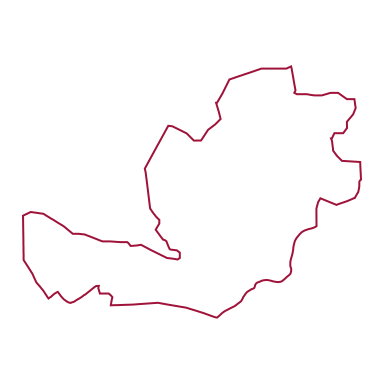 As Saddah, Ibb, Yemen
{"feature_id": "15242507B85155495853150", "entity_name": "As Saddah", "entity_type": "district", "adm_level": 2, "iso_a3": "YEM", "parent_name": "Yemen", "parent_adm1": "Ibb", "projection": "orthographic", "projection_center": [44.391, 14.166], "detail": "fine", "context": "isolated", "style": "outline", "palette": "rose", "viewbox_px": 384, "rotation_deg": 0, "n_neighbors": 0, "source": "geoboundaries", "source_scale": "gbopen_adm2", "svg_char_len": 4608}
<svg xmlns="http://www.w3.org/2000/svg" viewBox="0 0 384 384"><path d="M23.0,215.7L23.1,219.8L23.2,228.4L23.3,233.1L23.3,234.7L23.4,240.2L23.4,240.6L23.4,243.2L23.4,244.2L23.5,247.0L23.5,250.7L23.5,252.8L23.6,253.6L23.6,254.1L23.6,255.1L23.6,256.7L23.6,260.0L29.6,269.3L31.2,271.9L32.4,273.7L33.5,276.2L34.9,279.3L36.4,282.5L37.7,284.0L39.3,285.8L41.6,288.6L43.4,290.8L47.7,297.4L48.5,298.5L50.0,297.4L50.8,296.9L54.1,294.0L55.5,293.1L56.6,292.4L57.0,292.2L57.8,291.9L61.2,296.5L63.8,299.3L64.8,300.0L67.0,301.6L69.0,302.6L70.7,302.9L72.1,302.3L73.7,301.9L77.7,299.3L77.9,299.3L81.2,297.3L84.5,294.8L85.0,294.7L94.5,287.1L96.2,286.0L98.8,285.9L98.3,288.1L99.9,293.5L101.4,293.5L104.6,293.5L108.7,293.5L111.1,295.6L112.4,297.2L111.6,300.5L110.8,305.3L116.9,305.1L118.2,305.1L123.3,304.9L132.5,304.6L135.5,304.4L139.3,304.1L157.9,302.8L158.0,302.8L166.2,304.3L186.3,307.7L189.7,308.8L193.4,309.9L203.6,313.1L214.6,317.1L217.1,317.6L219.4,315.6L222.2,313.0L224.7,311.2L227.2,309.9L229.3,308.8L234.7,306.1L240.9,301.4L241.5,300.6L242.2,299.3L242.8,298.3L242.8,298.2L243.0,297.5L243.8,296.3L244.0,296.1L245.0,294.6L246.0,293.2L247.0,292.1L248.3,291.2L249.3,290.6L249.9,290.2L251.3,289.3L251.5,289.2L252.8,288.8L254.2,288.0L254.8,286.6L255.2,284.9L256.1,283.5L257.4,282.5L258.9,282.0L259.0,282.0L260.3,281.4L261.0,281.1L261.8,280.8L261.9,280.7L263.4,280.3L264.9,280.1L266.1,280.0L266.6,280.0L268.2,280.1L269.8,280.5L271.3,280.8L272.8,281.3L274.0,281.5L274.4,281.6L276.0,281.9L277.5,282.1L279.0,282.0L280.5,281.8L281.0,281.6L281.9,281.2L282.4,280.9L283.2,280.2L284.7,279.0L285.8,277.9L287.0,276.8L287.1,276.7L288.5,275.6L289.5,274.8L290.4,273.7L290.6,273.1L290.8,272.5L290.9,272.2L291.2,270.5L291.2,268.8L291.0,268.1L290.7,267.3L290.3,265.8L290.3,265.3L290.3,264.2L290.3,262.6L290.5,261.0L290.5,260.8L290.9,259.3L291.3,257.7L291.8,256.2L292.2,254.7L292.6,253.0L292.9,251.3L293.2,249.5L293.3,247.9L293.6,246.0L294.0,244.4L294.4,242.6L294.9,241.0L295.8,239.3L295.8,239.2L296.6,238.0L297.6,236.7L298.6,235.5L299.6,234.3L299.7,234.2L300.7,233.2L301.8,232.1L303.2,231.3L304.6,230.5L306.0,230.0L307.5,229.5L308.9,229.0L310.4,228.7L311.8,228.3L313.5,227.8L314.9,227.1L316.5,226.2L316.4,208.6L318.1,202.2L320.4,198.3L321.4,198.7L336.5,204.9L337.2,204.6L338.9,203.9L340.6,203.4L342.2,202.8L343.8,202.3L345.8,201.6L346.4,201.4L347.4,201.0L349.4,200.2L351.0,199.5L352.4,198.9L353.9,198.2L354.2,198.0L354.7,198.1L357.2,193.7L358.2,192.1L358.8,189.4L359.3,186.4L359.3,183.7L359.3,182.4L359.5,181.3L360.1,180.4L361.0,179.6L360.8,175.6L360.7,173.0L360.4,167.6L360.2,162.0L345.9,161.1L342.0,160.9L337.6,156.5L337.0,155.9L333.2,150.8L333.1,149.6L333.0,149.3L333.0,148.7L332.6,145.9L332.0,140.8L331.0,138.4L332.0,138.2L334.3,133.4L334.4,133.2L334.9,133.2L335.8,133.2L343.2,133.2L345.1,130.6L345.7,129.8L347.0,128.1L347.0,127.7L346.9,121.8L347.0,121.7L352.5,115.1L353.2,114.2L353.4,113.7L354.7,110.5L355.7,107.9L355.3,105.6L355.0,103.6L354.9,102.7L354.4,99.1L352.8,99.1L347.6,99.1L346.9,99.1L343.3,96.6L341.4,95.2L340.8,94.8L338.4,93.1L338.1,92.9L335.3,92.9L330.6,92.9L329.6,93.1L329.4,93.2L324.6,94.6L321.8,95.4L320.8,95.4L319.8,95.4L314.3,95.4L311.4,95.0L306.8,94.2L296.8,94.2L294.3,92.8L295.5,90.4L294.4,84.5L293.4,78.6L293.0,76.2L292.2,71.9L291.7,69.0L291.1,66.4L286.4,68.6L274.1,68.6L273.5,68.6L272.1,68.6L261.4,68.6L251.3,72.1L238.1,76.5L229.4,79.5L228.0,82.3L222.3,93.8L221.8,94.6L217.0,102.8L216.1,102.8L218.8,111.8L220.6,119.0L218.7,120.9L215.2,124.4L213.6,125.6L208.1,129.8L202.1,138.9L201.2,140.3L201.0,140.5L193.9,140.6L193.4,140.1L186.7,133.4L172.4,126.3L168.3,125.8L166.9,128.3L158.1,144.3L157.7,145.0L145.0,168.3L144.8,168.7L145.3,170.7L145.5,171.8L145.6,172.1L145.7,173.0L146.6,179.8L147.0,183.3L147.1,183.8L147.6,187.9L150.0,207.6L150.1,207.9L150.1,208.4L151.3,210.2L152.3,211.7L153.0,212.7L153.2,213.0L154.4,214.5L156.2,216.8L158.9,219.5L159.3,219.8L159.3,223.6L157.2,227.1L155.7,229.7L159.7,235.2L163.0,239.6L164.1,239.9L165.5,240.5L166.4,241.3L168.5,246.6L169.6,249.0L170.7,249.6L176.5,250.3L176.8,250.3L178.4,251.6L179.8,252.6L179.8,255.5L179.8,258.0L177.6,259.5L173.8,258.8L168.1,258.1L166.9,258.0L166.0,257.5L150.2,249.7L149.6,249.3L149.3,249.2L144.4,246.6L141.0,244.8L136.7,245.5L131.4,245.9L130.5,245.9L129.7,244.7L128.3,243.0L127.3,242.1L123.1,242.1L119.8,242.1L110.0,241.4L102.4,241.4L101.5,241.0L101.0,240.8L100.8,240.8L92.3,237.4L87.0,235.4L84.9,234.5L81.2,234.1L78.8,233.8L72.8,233.8L72.7,233.7L69.9,231.4L68.2,230.0L67.6,229.5L64.6,227.0L63.6,226.2L58.0,222.8L52.8,219.5L52.0,219.1L45.8,215.3L44.1,214.2L43.4,213.8L35.7,212.7L30.7,212.0L23.0,215.7Z" fill="none" stroke="#9f1239" stroke-width="2"/></svg>